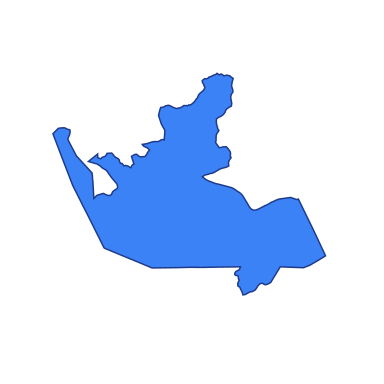 Campo Maior, Piauí, Brazil, rotated 321°
{"feature_id": "56859067B57380390448277", "entity_name": "Campo Maior", "entity_type": "district", "adm_level": 2, "iso_a3": "BRA", "parent_name": "Brazil", "parent_adm1": "Piauí", "projection": "mercator", "projection_center": [-42.103, -4.859], "detail": "fine", "context": "isolated", "style": "filled", "palette": "blue", "viewbox_px": 384, "rotation_deg": 321, "n_neighbors": 0, "source": "geoboundaries", "source_scale": "gbopen_adm2", "svg_char_len": 3988}
<svg xmlns="http://www.w3.org/2000/svg" viewBox="0 0 384 384"><g transform="rotate(321 192 192)"><path d="M249.8,324.9L255.6,325.6L256.2,323.3L262.5,297.8L270.2,264.4L268.3,263.5L267.4,261.6L266.6,260.6L265.2,258.3L255.6,252.5L254.0,251.8L252.0,251.2L249.7,250.7L247.6,250.0L245.9,249.7L244.3,249.6L242.0,249.1L239.9,248.5L237.5,248.0L233.5,247.2L230.5,246.3L228.3,244.8L227.3,242.5L227.2,239.5L227.9,235.6L228.1,233.8L228.8,229.0L229.1,226.0L228.9,223.7L228.5,222.1L227.7,219.8L227.2,217.8L226.5,215.7L225.5,213.5L217.6,202.7L216.6,201.5L215.7,200.4L212.0,194.1L210.8,191.5L209.6,186.7L212.5,186.9L214.2,187.7L215.4,188.2L217.2,189.0L218.4,189.4L219.7,190.2L221.3,190.7L228.2,191.7L231.0,192.8L234.1,194.3L237.0,194.9L238.1,193.1L239.3,191.7L241.0,190.8L244.1,189.8L244.2,188.2L245.3,187.3L246.3,186.2L246.9,185.0L247.2,183.4L247.3,180.6L247.1,178.4L244.6,176.5L242.4,175.6L241.0,174.5L241.2,172.4L241.3,170.1L241.6,168.0L242.8,167.4L243.7,166.4L245.4,164.3L247.1,162.7L248.6,162.1L249.8,161.7L251.6,161.1L251.8,158.9L252.6,157.7L253.1,156.2L254.1,154.2L255.3,152.4L257.1,150.6L259.6,150.7L261.5,151.2L262.7,151.5L264.8,151.5L267.6,151.0L269.5,149.8L271.6,149.3L274.6,149.6L276.7,150.0L278.7,148.1L280.4,145.0L281.6,142.9L282.6,141.9L284.0,140.9L286.8,140.0L288.2,137.8L288.8,136.1L289.5,134.5L291.5,132.6L292.5,131.8L295.5,129.6L294.8,127.4L294.5,125.5L292.8,123.3L291.3,122.4L289.8,121.8L289.6,120.1L288.8,118.5L286.9,118.2L286.1,115.5L284.1,115.6L282.5,114.8L280.5,114.4L279.0,114.1L277.7,113.4L276.3,113.6L274.3,113.1L273.1,111.9L271.8,111.8L270.0,111.9L269.0,113.6L269.0,115.2L268.3,116.7L268.0,118.6L266.8,119.4L265.6,120.1L263.5,120.3L260.3,120.3L258.6,120.6L256.9,121.4L255.3,122.3L253.5,122.5L251.1,123.3L248.2,123.5L246.5,123.5L245.2,123.3L244.4,122.3L243.0,122.2L241.5,120.9L240.0,119.6L238.0,119.6L235.8,119.1L234.3,118.2L232.4,117.4L231.4,115.6L230.3,113.7L229.4,111.3L228.1,109.6L226.8,109.0L225.5,108.3L223.5,108.2L220.9,106.6L218.8,107.9L217.3,109.0L214.1,111.5L210.9,120.0L210.1,124.7L209.7,127.1L203.2,134.0L202.5,133.0L200.9,132.0L199.5,132.0L197.1,131.4L196.0,130.3L194.9,129.4L193.1,128.3L191.1,127.4L188.5,126.5L186.8,125.7L185.5,125.0L183.3,123.7L183.2,125.8L184.1,127.8L185.0,129.3L185.4,132.8L183.8,133.0L182.2,133.3L181.2,134.0L179.8,134.3L178.2,134.9L176.6,134.0L174.5,132.6L173.7,131.6L173.1,130.5L173.0,129.3L172.7,127.8L171.2,126.8L167.4,126.2L165.7,130.5L164.6,133.7L162.9,133.3L159.6,134.6L159.2,133.4L158.8,132.0L158.1,130.9L157.2,129.6L155.7,129.0L155.6,127.2L155.7,125.9L154.5,124.7L154.7,123.1L155.7,121.1L155.5,119.3L154.4,116.8L154.1,115.3L154.3,113.9L154.1,111.2L150.3,108.5L148.9,109.1L147.5,109.5L146.2,109.4L144.1,108.5L142.0,108.8L140.3,106.0L142.6,103.1L130.7,103.1L131.9,104.9L134.2,108.2L135.8,110.4L137.2,114.6L137.3,116.4L139.1,121.3L138.5,130.1L138.7,136.2L138.7,138.8L137.5,141.1L136.6,142.1L134.8,142.1L132.6,141.8L130.5,141.9L127.6,143.3L126.0,142.9L125.0,142.3L123.9,140.8L122.3,137.4L120.5,136.5L117.8,135.5L116.4,134.8L115.0,134.8L113.6,135.1L111.7,135.2L121.9,121.0L122.8,119.4L124.6,117.1L126.3,114.2L124.9,91.2L127.7,77.1L128.2,74.9L128.8,72.6L130.3,71.8L132.5,70.6L133.9,69.7L135.3,68.4L136.2,66.9L135.0,65.2L134.2,63.9L133.6,62.2L131.6,60.5L129.4,59.1L128.2,58.4L120.6,59.2L112.4,84.1L103.5,111.6L98.7,133.4L96.3,144.8L90.0,173.2L88.5,180.1L89.1,181.6L95.2,192.8L113.2,225.9L133.6,242.0L143.6,249.7L147.1,252.6L153.3,257.7L163.8,265.8L182.5,280.6L181.3,281.4L179.7,282.1L177.4,281.7L176.2,281.4L174.8,281.7L173.3,282.9L173.5,284.4L175.0,285.8L174.4,287.3L173.4,288.8L173.3,290.1L171.1,291.2L169.6,292.2L168.5,294.2L169.3,296.0L168.7,297.7L168.2,300.6L167.4,302.7L166.8,303.9L167.9,304.7L169.2,305.3L171.3,305.6L173.0,305.9L174.4,306.2L175.6,307.1L177.8,307.7L179.6,307.9L181.5,307.4L184.2,306.4L186.9,306.1L188.5,306.6L189.4,307.6L189.8,308.7L190.5,310.2L191.7,310.8L193.2,311.3L194.8,311.7L196.4,311.8L200.0,310.5L213.5,305.7L231.0,321.0L237.6,323.1L249.8,324.9Z" fill="#3b82f6" stroke="#1e3a8a" stroke-width="1.5"/></g></svg>